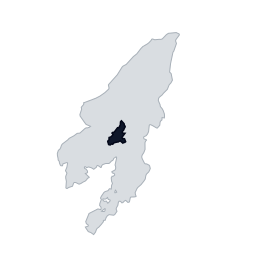 Toguz-Toro, Jalal-Abad, Kyrgyzstan shown in context, rotated 310°
{"feature_id": "92254566B7375851562443", "entity_name": "Toguz-Toro", "entity_type": "district", "adm_level": 2, "iso_a3": "KGZ", "parent_name": "Kyrgyzstan", "parent_adm1": "Jalal-Abad", "projection": "equal_earth", "projection_center": [74.04, 41.261], "detail": "fine", "context": "in_parent", "style": "filled", "palette": "ink", "viewbox_px": 256, "rotation_deg": 310, "n_neighbors": 0, "source": "geoboundaries", "source_scale": "gbopen_adm2", "svg_char_len": 4196}
<svg xmlns="http://www.w3.org/2000/svg" viewBox="0 0 256 256"><g transform="rotate(310 128 128)"><path d="M56.5,152.2L57.1,151.8L59.1,151.4L63.1,151.0L64.5,151.3L67.2,153.0L69.3,152.8L69.7,153.0L70.5,154.4L73.5,152.3L75.6,151.7L76.7,149.6L79.0,147.2L80.9,146.8L81.0,147.2L81.3,147.6L83.3,148.1L83.9,147.5L84.2,146.6L83.6,145.2L83.6,144.6L84.2,143.7L87.3,145.0L88.0,145.0L89.5,144.3L90.8,142.9L91.3,141.9L97.8,138.5L98.3,137.9L98.2,137.4L95.5,136.6L94.2,137.1L93.1,137.1L92.4,136.6L89.1,136.4L88.4,136.0L86.3,133.6L83.6,132.1L82.2,132.1L80.7,132.8L80.2,132.5L80.1,130.2L79.8,128.8L78.9,128.5L77.7,129.0L74.4,128.3L74.0,125.4L72.8,122.8L71.0,121.8L71.0,120.3L70.4,119.7L69.9,119.8L69.2,120.6L69.5,122.3L69.2,124.0L68.8,124.8L68.1,125.5L67.2,125.5L65.7,124.6L65.4,129.7L65.1,130.1L63.3,129.3L61.9,129.6L59.7,129.3L58.1,128.5L55.0,127.5L53.5,126.6L52.7,123.2L51.8,121.9L51.0,121.7L47.7,122.9L44.3,120.8L42.6,120.3L42.2,119.7L42.2,118.9L47.5,115.1L49.6,112.5L50.9,111.4L54.2,110.2L55.0,107.8L55.2,107.5L58.6,106.4L62.3,104.3L62.4,103.7L62.0,103.2L58.7,101.2L57.0,102.1L56.0,101.0L56.1,99.9L57.2,97.9L58.2,96.9L58.6,95.1L59.9,93.8L61.4,91.8L63.1,90.2L66.2,89.0L67.9,89.4L69.6,89.1L72.1,88.1L73.6,88.0L80.1,89.5L82.3,89.6L87.3,91.6L91.2,92.5L93.1,94.4L99.5,95.3L101.2,95.8L101.8,96.7L103.6,97.9L105.2,98.2L103.8,93.6L104.4,90.9L106.4,83.6L107.4,82.5L112.6,80.4L113.8,78.9L117.5,78.9L118.2,78.6L118.7,77.8L130.1,84.2L134.4,86.0L140.4,87.6L145.5,88.2L146.4,87.8L148.4,85.3L149.3,85.2L161.9,85.6L170.9,84.3L172.2,84.4L175.6,85.8L186.2,86.2L190.4,87.1L197.1,86.8L199.9,87.0L204.9,88.8L206.7,89.2L210.0,89.4L211.2,89.1L212.0,89.6L212.8,91.8L215.9,94.8L217.1,96.3L218.3,97.0L224.2,97.4L226.5,98.1L232.1,103.6L232.9,106.8L232.3,107.5L226.5,107.9L225.3,108.4L223.9,110.8L216.2,113.7L215.0,113.7L204.7,119.2L197.6,123.9L197.4,126.1L193.2,131.3L190.1,131.9L187.4,131.8L182.9,133.3L177.3,132.8L175.3,132.9L171.6,132.2L170.1,132.5L168.5,133.6L166.4,137.7L165.5,138.6L165.1,139.6L164.8,141.6L164.0,143.7L162.1,146.9L160.5,148.4L159.1,149.4L157.9,147.4L156.0,148.8L154.2,148.5L153.0,148.9L150.5,150.6L146.8,150.5L146.4,149.9L145.6,145.2L145.0,143.0L144.4,142.5L143.8,142.5L138.4,146.1L136.0,146.8L133.9,146.9L131.3,145.8L130.7,146.1L130.2,146.7L130.0,147.4L130.8,149.5L130.6,150.0L129.4,149.9L127.7,150.4L122.6,154.8L119.4,155.9L116.3,156.3L114.6,157.1L113.5,158.8L111.6,163.3L111.6,164.2L112.5,165.4L113.1,168.1L112.9,168.9L111.3,171.1L109.2,171.8L107.6,172.1L104.5,171.8L102.9,172.3L100.0,174.0L97.6,174.3L93.0,174.4L88.5,173.7L87.1,173.9L83.1,175.0L81.7,176.6L81.0,178.0L80.6,178.2L79.0,176.9L77.0,174.6L76.0,174.6L72.5,176.5L71.9,176.5L70.9,175.7L71.1,172.8L69.9,172.2L67.5,172.0L66.7,171.4L67.0,169.5L66.7,168.8L66.1,168.2L64.8,168.4L62.3,169.9L59.3,170.5L58.3,171.0L57.1,173.1L53.1,173.5L51.9,173.0L49.5,169.2L47.5,168.6L45.4,168.8L42.5,169.8L41.9,168.9L41.1,168.7L40.4,169.4L37.0,169.5L33.4,169.4L31.4,168.9L30.1,169.0L27.5,170.0L24.3,170.2L24.0,166.6L23.1,164.2L24.2,160.3L24.7,159.0L27.1,160.5L27.9,160.2L28.2,159.5L27.9,157.7L29.1,155.8L37.5,153.1L46.7,157.0L47.9,159.5L48.7,159.4L50.0,158.2L50.4,156.1L52.2,154.9L56.2,153.5L56.5,152.2ZM61.1,160.9L61.3,160.6L60.6,158.7L61.6,157.0L59.7,156.7L58.8,156.2L57.7,154.5L57.4,154.4L56.8,154.9L56.5,156.0L56.7,157.2L58.1,158.4L57.4,160.9L60.2,161.2L61.1,160.9ZM51.4,162.6L51.4,162.1L50.7,161.9L47.2,161.2L47.4,161.7L48.7,163.5L49.7,163.6L51.4,162.6ZM72.1,159.5L72.3,158.3L70.3,159.0L70.0,159.6L70.7,160.3L71.6,160.6L72.1,159.5Z" fill="#d9dde1" stroke="#a8b0b8" stroke-width="1"/><path d="M116.0,135.0L117.5,132.3L117.2,131.5L116.3,130.8L116.8,129.5L117.0,129.4L122.0,129.1L121.0,127.8L120.7,126.7L121.8,125.9L123.6,126.0L125.4,125.4L127.1,125.1L127.6,124.3L127.8,123.4L128.8,122.2L129.3,118.3L127.9,118.3L125.3,120.2L123.7,120.4L123.3,120.8L122.2,120.6L121.5,119.8L115.9,120.1L114.6,119.0L113.8,119.0L113.5,120.7L111.8,120.8L109.9,120.5L108.6,119.6L107.8,120.1L107.3,121.0L105.3,120.9L104.4,121.3L104.0,122.2L103.0,123.5L102.9,124.1L103.6,125.3L105.3,125.6L105.5,126.5L106.5,126.9L107.6,126.7L110.7,129.1L111.0,129.5L112.4,129.9L113.2,130.6L113.1,131.6L113.1,133.8L113.8,133.9L114.9,134.8L116.0,135.0Z" fill="#0f172a" stroke="#020617" stroke-width="1.5"/></g></svg>